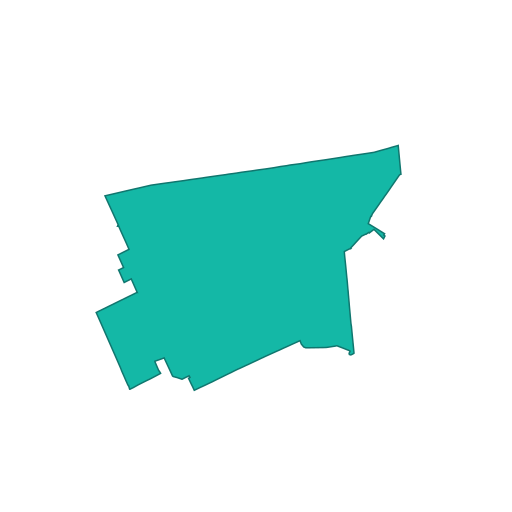 the district of Cerchezu, Constanta, Romania, rotated 145°
{"feature_id": "2599482B21562534205854", "entity_name": "Cerchezu", "entity_type": "district", "adm_level": 2, "iso_a3": "ROU", "parent_name": "Romania", "parent_adm1": "Constanta", "projection": "natural_earth1", "projection_center": [28.101, 43.844], "detail": "fine", "context": "isolated", "style": "filled", "palette": "teal", "viewbox_px": 512, "rotation_deg": 145, "n_neighbors": 0, "source": "geoboundaries", "source_scale": "gbopen_adm2", "svg_char_len": 3555}
<svg xmlns="http://www.w3.org/2000/svg" viewBox="0 0 512 512"><g transform="rotate(145 256 256)"><path d="M76.1,265.0L77.1,265.3L83.3,267.5L83.8,267.6L86.8,268.6L92.6,270.7L99.8,273.2L105.3,275.9L112.1,279.3L119.4,283.0L119.7,283.1L125.1,285.8L130.8,288.5L137.5,291.8L144.0,295.0L149.1,297.6L156.2,301.2L161.4,303.7L167.0,306.3L175.9,311.0L179.1,312.4L184.3,315.1L190.8,318.1L192.2,318.8L198.4,321.9L205.5,325.6L210.4,328.0L214.0,329.9L220.0,333.0L224.2,335.0L228.3,337.1L231.3,338.7L234.1,340.0L239.5,342.8L244.4,345.3L250.1,348.2L253.3,349.8L255.2,350.7L257.7,352.0L260.9,353.6L262.2,354.3L266.1,356.3L272.0,359.2L280.3,363.5L284.5,365.6L287.9,367.4L293.6,370.3L301.3,374.2L307.0,376.5L312.5,378.7L316.6,380.4L318.1,381.0L325.0,383.8L332.0,386.6L345.2,391.9L347.7,378.3L348.2,375.5L351.0,360.4L351.4,360.5L351.6,360.4L351.7,360.0L352.3,359.8L351.4,358.9L352.2,355.1L353.5,348.2L354.8,341.2L356.2,334.3L368.5,336.1L371.1,322.5L376.6,323.3L376.6,323.2L379.2,309.9L371.3,308.8L371.4,308.4L371.9,305.9L374.2,294.3L374.3,294.4L419.3,301.4L422.0,287.7L424.8,273.7L429.4,250.7L430.9,243.3L431.3,241.4L431.8,239.5L432.3,237.2L432.8,234.6L433.3,232.1L434.2,227.8L434.2,227.5L434.8,224.6L434.9,223.9L435.0,223.0L434.8,222.8L434.8,222.6L434.9,222.3L435.1,221.8L435.3,221.2L435.7,220.0L435.8,219.7L435.9,219.4L435.5,219.1L433.8,218.9L432.2,218.6L429.1,218.3L426.2,218.0L423.4,217.6L419.9,217.1L416.0,216.5L413.9,216.1L407.6,215.3L401.8,214.6L401.4,214.6L401.3,216.5L401.3,218.5L400.4,222.8L399.5,227.1L399.2,227.8L394.5,226.5L390.6,225.4L389.8,225.2L389.7,225.2L392.0,212.1L393.2,205.6L392.9,204.7L390.9,202.3L390.3,201.6L388.7,199.4L387.3,197.5L386.8,197.4L382.6,196.8L381.1,196.5L379.5,196.3L379.6,195.5L379.6,195.4L379.7,194.4L381.4,194.5L382.5,188.1L382.9,185.3L383.6,181.4L380.6,180.9L376.8,180.3L374.8,179.9L371.4,179.3L368.9,178.9L367.2,178.6L365.4,178.3L364.4,178.1L360.1,177.5L353.1,176.4L349.8,175.9L346.6,175.4L343.1,174.8L339.4,174.3L336.3,173.8L336.2,173.8L335.2,173.6L334.4,173.4L331.6,172.9L328.8,172.4L326.9,172.1L325.0,171.7L319.7,170.8L314.6,169.9L311.6,169.4L309.7,169.1L308.4,168.8L308.2,168.8L307.7,168.7L306.9,168.6L305.8,168.4L298.9,167.1L292.6,165.9L291.2,165.6L288.9,165.2L286.0,164.7L283.5,164.2L281.4,163.8L279.8,163.5L278.0,163.2L268.5,161.4L269.4,157.9L269.1,154.1L267.9,152.3L264.3,149.8L252.5,141.8L250.6,140.6L244.9,137.8L242.9,136.8L241.2,136.1L240.3,134.7L238.6,132.2L236.6,129.2L235.3,127.2L234.2,125.6L233.8,124.8L233.5,124.1L234.0,123.6L234.6,123.5L235.6,122.8L235.9,122.2L236.0,121.7L235.1,120.6L234.3,120.4L233.0,120.2L231.6,120.1L231.4,120.3L228.7,125.0L225.8,130.2L222.3,136.4L221.4,138.0L218.1,143.8L217.7,144.7L217.5,145.1L216.8,146.5L213.0,153.1L210.6,157.3L207.9,162.0L206.3,164.7L205.7,165.8L204.8,167.3L203.9,168.9L203.3,169.9L202.7,171.0L202.1,172.0L200.8,174.2L200.3,175.1L199.6,176.4L198.2,178.8L196.5,181.7L194.3,185.6L194.0,186.2L188.0,196.8L183.9,204.2L181.2,208.9L181.1,209.0L178.9,208.7L177.4,208.5L175.9,208.3L175.0,208.0L174.4,207.7L174.2,207.7L174.4,208.0L174.5,208.1L165.0,210.2L158.1,211.7L153.7,211.0L153.4,210.7L152.4,210.7L150.0,210.6L150.0,209.9L144.1,210.1L141.7,196.9L138.9,198.4L139.4,200.0L137.9,200.5L141.6,209.2L145.4,217.9L145.5,218.1L140.6,221.7L139.2,222.6L139.1,222.4L138.9,222.3L138.7,222.3L137.6,223.1L136.8,223.6L136.4,223.9L136.0,224.0L131.8,225.5L126.0,227.6L122.0,229.1L121.3,229.3L117.7,230.6L116.8,231.0L113.8,232.0L110.3,233.3L108.9,233.8L105.8,235.0L102.8,236.1L91.5,240.3L91.6,240.2L90.4,239.8L85.1,249.2L76.1,265.0Z" fill="#14b8a6" stroke="#0f766e" stroke-width="1.5"/></g></svg>